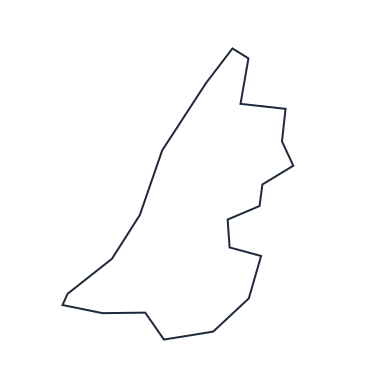 an SVG outline of Lobatse, rotated 18°
{"feature_id": "BWA-5503", "entity_name": "Lobatse", "entity_type": "Town", "adm_level": 1, "iso_a3": "BWA", "parent_name": "Botswana", "parent_adm1": "", "projection": "robinson", "projection_center": [25.686, -25.205], "detail": "fine", "context": "isolated", "style": "outline", "palette": "slate", "viewbox_px": 384, "rotation_deg": 18, "n_neighbors": 0, "source": "natural_earth", "source_scale": "10m", "svg_char_len": 435}
<svg xmlns="http://www.w3.org/2000/svg" viewBox="0 0 384 384"><g transform="rotate(18 192 192)"><path d="M186.1,43.0L204.4,47.5L210.9,93.2L255.3,84.0L261.9,116.0L280.2,135.7L256.6,163.1L260.6,184.4L234.4,207.2L244.9,233.1L277.5,231.5L278.9,275.6L255.3,318.2L210.9,341.0L184.8,321.2L144.3,334.9L103.8,339.5L105.1,327.3L136.5,280.2L149.5,230.0L150.8,161.6L171.7,84.0L186.1,43.0Z" fill="none" stroke="#1e293b" stroke-width="2"/></g></svg>